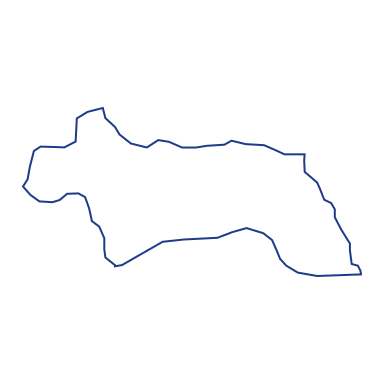 outline of Aneby, Jönköping, Sweden
{"feature_id": "70781695B68897114765136", "entity_name": "Aneby", "entity_type": "district", "adm_level": 2, "iso_a3": "SWE", "parent_name": "Sweden", "parent_adm1": "Jönköping", "projection": "equal_earth", "projection_center": [14.809, 57.898], "detail": "fine", "context": "isolated", "style": "outline", "palette": "blue", "viewbox_px": 384, "rotation_deg": 0, "n_neighbors": 0, "source": "geoboundaries", "source_scale": "gbopen_adm2", "svg_char_len": 1006}
<svg xmlns="http://www.w3.org/2000/svg" viewBox="0 0 384 384"><path d="M102.8,108.0L87.5,111.9L76.8,118.4L76.2,130.7L75.6,141.6L64.3,147.4L54.2,147.0L40.6,146.6L33.9,151.0L29.9,166.6L27.6,179.3L23.0,186.5L30.4,194.9L39.4,201.4L52.4,202.2L59.7,200.0L67.1,193.8L78.4,193.4L85.1,197.1L89.1,208.3L91.9,221.1L99.2,226.6L104.3,238.2L104.3,249.5L105.4,257.5L115.0,265.2L115.0,266.3L122.0,265.1L139.7,254.9L162.6,241.8L183.8,239.5L217.4,237.8L232.4,232.1L246.5,228.1L263.3,233.2L272.1,240.1L276.6,250.3L280.1,258.9L286.3,265.7L288.8,267.2L297.8,272.6L317.3,276.0L361.0,274.4L360.5,270.9L357.9,265.7L351.7,264.0L349.9,250.3L349.9,243.5L341.0,229.2L334.8,217.3L334.8,209.3L331.2,203.1L324.2,199.7L319.9,188.7L317.1,182.5L304.7,171.9L304.2,161.1L304.6,154.3L284.4,154.3L274.7,149.8L264.1,145.2L245.6,144.1L231.5,140.7L224.4,144.7L206.8,145.8L196.2,147.5L182.1,147.5L168.9,141.8L158.3,140.1L146.8,147.5L130.9,143.5L119.5,134.5L115.1,127.1L105.4,118.1L102.8,108.0Z" fill="none" stroke="#1e3a8a" stroke-width="2"/></svg>